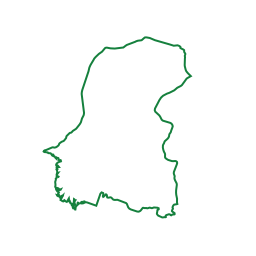 SVG path tracing the border of Sind, rotated 19°
{"feature_id": "PAK-1114", "entity_name": "Sind", "entity_type": "Province", "adm_level": 1, "iso_a3": "PAK", "parent_name": "Pakistan", "parent_adm1": "", "projection": "natural_earth1", "projection_center": [68.493, 26.111], "detail": "fine", "context": "isolated", "style": "outline", "palette": "green", "viewbox_px": 256, "rotation_deg": 19, "n_neighbors": 0, "source": "natural_earth", "source_scale": "10m", "svg_char_len": 5814}
<svg xmlns="http://www.w3.org/2000/svg" viewBox="0 0 256 256"><g transform="rotate(19 128 128)"><path d="M170.5,58.5L167.7,61.7L167.3,62.4L165.0,69.9L164.2,71.1L161.5,73.9L159.5,77.3L155.7,81.2L153.7,82.8L150.7,86.0L149.4,88.4L148.6,91.4L147.2,100.8L147.5,102.5L148.5,103.7L153.5,105.9L154.8,106.9L157.2,109.2L158.6,109.7L166.4,109.4L167.6,109.7L168.7,110.4L169.7,111.7L169.8,113.1L169.7,116.3L169.8,117.9L169.7,118.6L169.4,119.4L169.2,120.1L169.2,120.9L169.5,122.5L169.4,123.9L168.9,125.3L167.1,128.5L167.0,129.1L167.0,130.5L166.7,132.5L166.7,133.1L167.3,135.1L168.4,137.0L169.6,138.6L171.0,139.9L171.6,140.7L172.3,142.9L172.7,143.8L173.2,144.2L174.5,144.7L176.3,145.1L180.1,145.0L181.4,144.7L182.7,144.1L183.9,143.7L185.2,144.0L185.9,145.1L186.0,146.7L185.7,154.6L186.0,155.9L186.5,156.7L187.8,158.3L188.0,159.3L188.2,160.2L188.6,161.0L189.7,162.3L191.7,164.2L192.3,165.0L192.7,166.0L193.8,171.3L194.5,173.5L195.4,175.5L197.4,178.9L198.5,182.3L199.4,183.8L198.7,184.3L196.6,185.4L196.1,186.4L195.9,187.6L196.0,188.7L196.6,189.3L196.7,189.5L196.8,189.8L196.6,190.3L196.5,191.4L196.5,192.0L196.6,192.3L197.4,192.7L198.7,193.0L199.8,193.4L200.1,194.4L199.8,194.7L198.2,195.3L197.8,195.8L197.6,196.2L197.3,196.5L196.6,196.5L195.9,196.1L195.3,196.1L194.7,196.3L192.7,197.8L192.2,198.5L192.3,199.2L192.8,199.8L192.6,200.1L191.3,200.5L190.1,201.2L189.4,201.4L185.1,201.0L183.9,200.3L183.3,199.8L183.1,199.2L182.9,197.6L182.6,196.3L182.6,195.8L182.8,195.6L183.3,195.2L183.5,194.8L183.1,193.9L181.8,193.8L178.4,194.7L176.9,195.9L176.3,196.1L174.5,196.2L173.9,196.6L172.7,197.5L172.1,197.7L171.4,197.7L169.5,198.4L168.4,198.5L168.0,198.7L167.7,199.4L166.9,201.8L166.5,202.5L165.4,203.6L163.9,204.0L157.3,204.1L155.5,203.8L154.1,203.0L151.6,200.1L150.6,199.6L141.4,199.3L139.0,200.3L137.7,200.5L137.1,200.4L135.2,199.4L134.5,199.2L133.8,199.3L132.5,200.1L131.6,200.4L131.0,200.4L130.6,199.9L130.0,198.6L129.7,198.3L129.4,198.0L129.1,197.9L128.7,197.9L128.5,198.2L128.4,198.8L127.3,200.9L127.0,201.2L126.4,200.6L126.2,198.4L125.7,197.6L124.0,197.5L123.3,199.1L123.3,211.8L113.7,211.7L112.2,211.9L111.2,212.8L111.2,212.1L111.0,211.8L110.8,211.6L110.4,211.7L110.4,212.0L110.6,212.7L110.3,213.2L109.9,213.7L109.5,213.9L109.0,213.7L108.6,212.8L108.3,212.9L108.0,213.2L107.9,213.5L107.9,214.1L108.2,214.5L107.5,214.6L106.4,215.2L105.6,216.6L104.8,214.1L104.8,215.7L105.2,216.6L105.1,217.4L104.5,218.9L104.3,219.7L104.4,220.4L104.7,221.5L104.8,222.2L104.5,222.3L103.9,221.8L103.0,220.8L102.9,221.7L102.3,221.8L101.7,221.2L101.4,220.4L101.5,220.1L102.1,219.6L102.1,218.8L102.3,218.0L102.5,217.8L103.0,217.8L103.0,217.6L102.6,217.2L102.0,216.6L101.6,215.8L101.4,214.9L101.8,213.4L101.2,213.5L100.5,212.9L100.1,212.8L101.0,216.2L101.4,217.1L100.8,218.5L100.5,219.2L100.1,219.4L99.9,219.2L99.8,218.8L99.6,218.0L99.5,217.8L99.1,217.8L98.8,218.0L98.1,217.9L97.8,217.6L97.5,216.9L97.0,216.9L96.7,216.8L96.6,216.4L96.6,215.9L96.4,215.6L96.1,215.5L95.9,215.7L95.4,216.2L95.3,215.6L95.2,214.2L95.0,213.8L94.8,214.7L94.4,217.3L94.2,217.8L93.2,217.7L92.3,217.4L90.5,216.5L90.9,216.8L91.2,217.3L91.3,217.9L90.9,218.4L90.4,218.5L89.7,218.5L88.5,218.1L87.9,218.1L87.7,218.1L87.6,217.7L87.6,217.2L88.0,216.2L88.3,214.0L88.5,213.5L88.5,213.3L88.3,213.3L88.3,213.0L87.9,213.7L87.8,215.3L87.6,216.0L87.1,216.2L86.6,216.1L86.3,215.6L86.3,214.9L85.8,215.4L85.5,215.2L85.3,214.7L84.9,214.4L84.4,214.3L84.4,214.6L84.5,215.1L84.9,215.4L83.1,215.0L82.7,214.6L83.5,214.6L83.8,214.4L84.0,214.0L84.4,213.2L84.7,212.8L83.7,213.4L83.3,213.3L83.3,212.9L83.6,211.4L82.2,211.1L81.8,210.9L82.3,209.5L82.7,209.1L83.1,209.3L84.0,208.6L84.4,208.3L84.5,207.7L83.7,208.4L83.0,208.3L82.3,207.9L81.5,207.7L79.6,207.8L78.6,207.6L78.2,207.0L78.1,205.8L77.7,204.8L76.9,203.1L76.7,202.6L76.7,202.1L76.6,200.2L76.2,199.4L76.7,198.6L76.4,197.5L77.1,197.0L78.1,196.9L78.9,197.0L78.3,196.6L77.7,196.5L76.3,196.5L76.0,196.0L76.0,195.0L76.5,193.3L76.0,193.7L75.6,194.1L75.5,193.0L75.2,192.1L74.7,191.3L74.0,190.6L74.7,189.9L74.5,189.6L73.8,189.5L73.5,189.1L73.3,188.5L73.1,187.4L73.6,187.6L74.2,187.7L74.9,187.6L75.4,187.4L74.0,186.5L73.4,186.3L72.4,186.5L72.1,186.4L72.0,185.6L72.3,184.5L72.9,183.5L73.7,182.7L74.5,182.0L75.4,181.5L75.5,181.2L75.1,180.7L74.7,180.3L74.1,180.6L72.9,180.8L72.6,180.8L72.4,179.9L72.3,179.5L72.0,179.2L71.7,179.1L70.4,179.3L69.8,179.1L69.6,179.4L69.9,180.2L69.2,179.9L67.9,178.8L67.3,178.7L66.8,178.3L66.3,177.9L66.0,177.5L65.8,177.5L65.8,178.2L66.0,178.8L65.3,178.7L64.6,178.2L64.0,177.7L63.3,177.2L62.4,177.2L61.6,177.5L60.8,177.7L60.0,177.2L59.7,177.4L58.0,177.6L57.1,177.9L56.8,178.0L55.9,177.7L56.0,176.9L56.7,176.1L57.6,175.6L62.7,171.0L63.3,170.7L64.8,170.5L65.2,170.3L66.1,169.7L66.9,168.8L67.9,167.2L68.1,166.5L68.1,165.3L68.3,164.7L69.7,162.7L71.3,161.3L71.7,160.6L72.7,157.8L72.7,157.4L72.5,156.0L72.6,155.6L72.8,155.1L74.4,151.9L74.7,151.5L75.6,151.0L75.9,150.7L76.1,150.4L76.8,148.7L79.0,145.9L79.4,145.1L81.1,140.3L81.4,139.0L81.6,137.8L81.4,134.0L81.9,130.5L81.8,129.4L81.5,128.0L73.3,111.3L73.0,110.5L72.6,108.8L72.4,106.9L72.2,87.3L71.8,83.5L71.9,82.1L72.1,80.3L73.3,74.6L73.5,73.3L73.8,72.6L74.2,71.6L76.3,67.5L78.6,64.3L80.1,60.4L80.5,59.6L81.8,58.9L85.4,58.4L89.6,57.2L97.4,53.4L98.9,51.1L99.8,49.9L106.9,44.0L107.5,43.3L109.0,42.2L111.7,40.9L112.2,40.6L112.4,40.4L114.0,37.6L114.6,36.8L115.1,36.6L116.0,36.3L119.3,35.8L124.9,36.2L140.2,35.4L144.5,35.3L147.9,33.7L148.3,33.7L149.2,33.7L150.0,33.8L151.1,34.2L151.3,34.5L151.4,35.2L151.7,35.4L154.8,35.8L155.7,36.1L156.4,37.8L156.9,38.3L157.4,38.6L157.8,38.9L158.1,39.3L158.2,39.9L158.2,41.2L158.3,41.5L158.9,42.5L159.1,43.5L161.1,50.0L161.6,51.1L163.6,54.2L164.7,55.4L166.8,56.7L170.5,58.5ZM79.3,208.0L79.8,208.5L80.6,208.5L82.0,208.0L82.9,208.5L82.2,208.8L81.9,209.9L81.0,210.1L80.4,209.9L79.9,209.3L79.5,208.6L79.3,208.0Z" fill="none" stroke="#15803d" stroke-width="2"/></g></svg>